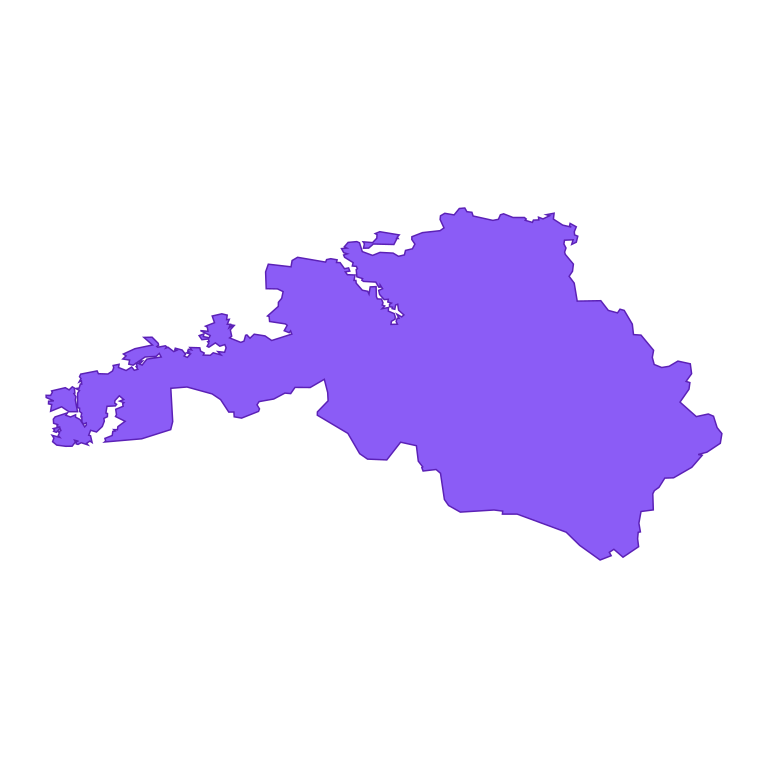 outline of Fjaler nor, Sogn og Fjordane, Norway
{"feature_id": "86288312B14759313964595", "entity_name": "Fjaler nor", "entity_type": "district", "adm_level": 2, "iso_a3": "NOR", "parent_name": "Norway", "parent_adm1": "Sogn og Fjordane", "projection": "mercator", "projection_center": [5.23, 61.279], "detail": "fine", "context": "isolated", "style": "filled", "palette": "violet", "viewbox_px": 768, "rotation_deg": 0, "n_neighbors": 0, "source": "geoboundaries", "source_scale": "gbopen_adm2", "svg_char_len": 6044}
<svg xmlns="http://www.w3.org/2000/svg" viewBox="0 0 768 768"><path d="M554.1,213.2L546.3,214.7L549.5,215.8L543.0,218.9L538.5,217.2L538.8,219.9L533.4,220.1L532.4,222.4L525.2,220.3L526.2,219.0L524.4,217.5L513.0,217.5L503.6,213.8L500.4,214.8L498.4,219.3L492.9,220.4L473.1,216.0L471.9,212.3L466.9,211.7L464.8,208.0L459.3,208.5L454.1,214.9L444.8,213.3L440.5,215.8L440.1,219.5L444.0,227.9L440.0,230.7L422.5,232.6L411.9,236.7L411.8,239.5L414.9,244.1L412.4,248.8L405.5,250.4L404.4,254.9L398.5,256.3L393.1,253.1L380.0,252.4L372.6,255.4L362.3,251.6L359.5,242.8L356.8,241.6L348.1,242.4L344.3,246.8L346.8,248.1L341.5,248.6L343.7,252.7L347.3,253.8L343.6,255.0L344.6,257.3L353.1,262.6L352.3,266.0L356.4,266.4L357.4,268.7L356.2,269.6L356.9,276.8L362.6,278.6L361.8,280.2L363.5,281.4L375.8,282.1L378.8,287.2L380.1,287.2L380.2,285.0L382.6,288.7L378.7,290.4L379.6,294.5L384.2,299.6L388.3,299.3L387.8,302.0L391.4,303.1L389.5,304.4L389.6,306.7L392.6,307.2L392.1,308.6L394.8,309.3L395.6,305.0L397.7,304.2L398.6,310.2L403.9,314.9L401.7,316.9L396.9,314.2L399.0,318.3L397.2,318.3L396.1,321.4L397.4,324.2L391.0,324.4L391.4,321.3L395.1,319.1L395.2,316.8L394.2,313.6L388.3,311.1L388.5,307.5L382.1,308.7L384.7,306.0L382.2,305.0L383.0,302.8L381.5,299.1L377.4,298.9L376.4,296.6L376.1,286.6L370.2,286.9L369.0,294.1L367.7,291.3L362.3,290.2L356.2,283.2L355.9,280.4L354.0,280.4L355.1,275.0L347.4,274.7L345.3,271.9L349.8,271.1L348.6,267.9L344.5,268.7L340.1,262.6L336.5,262.5L337.1,259.8L330.7,258.7L326.6,259.6L325.6,262.1L297.6,257.3L292.1,260.5L291.0,266.8L268.3,264.2L265.6,271.9L266.2,288.7L277.5,288.9L283.1,291.6L281.7,298.3L278.4,302.3L278.3,306.4L267.5,316.0L269.1,316.5L269.6,321.5L285.4,323.9L287.2,325.3L284.2,330.7L289.2,332.7L290.6,330.9L291.8,334.1L271.7,340.5L265.0,335.9L254.2,334.2L250.0,338.2L246.9,334.9L245.6,335.3L244.0,341.1L240.8,342.4L229.6,337.9L231.7,336.2L230.3,329.8L234.3,325.4L230.9,324.8L232.3,325.8L229.0,327.9L230.5,324.3L231.4,324.4L227.3,324.2L229.3,319.3L226.6,319.7L227.2,315.1L221.8,313.8L212.2,316.0L214.5,322.7L205.5,326.2L207.3,327.2L208.0,331.3L200.4,330.6L210.2,335.5L209.2,337.7L203.3,336.6L203.9,333.9L199.1,335.6L201.9,339.7L208.2,339.0L209.1,341.3L207.7,341.7L208.8,343.1L207.1,346.3L208.9,347.2L215.4,342.9L219.8,346.2L224.8,344.6L226.1,347.8L224.6,352.3L217.8,351.6L220.9,354.9L213.2,352.8L210.3,355.3L203.3,355.1L204.2,353.0L200.6,351.1L199.8,347.8L189.8,347.5L191.6,349.9L188.4,349.3L187.7,351.1L189.2,352.0L186.5,352.9L190.5,353.9L187.3,357.4L184.1,356.0L185.5,354.2L182.1,350.0L175.3,348.2L174.8,349.8L176.6,350.3L173.8,351.6L168.1,347.3L165.8,348.1L166.7,346.8L165.4,345.8L157.7,347.2L156.8,346.5L158.6,345.2L158.2,343.3L152.1,337.2L143.9,337.4L152.5,345.0L134.9,348.7L123.4,354.0L126.1,355.9L122.8,359.0L129.6,360.1L128.8,364.2L133.1,365.2L145.1,357.0L156.0,356.4L159.3,353.4L161.2,357.0L146.9,359.1L142.1,365.1L139.7,364.1L142.7,361.0L139.2,361.2L139.8,363.5L136.3,363.1L137.1,366.7L136.2,366.7L137.8,369.3L134.3,370.3L131.7,367.0L126.1,370.5L118.5,367.5L119.1,364.3L113.1,365.5L113.7,367.8L112.5,371.0L107.9,374.0L98.4,373.7L97.1,370.9L80.7,374.1L79.5,376.7L81.0,378.6L79.1,382.0L81.4,380.9L81.7,384.1L80.4,384.0L79.1,388.1L75.8,388.5L79.5,390.5L77.6,393.1L77.6,407.6L79.6,408.2L79.5,411.3L81.7,413.2L80.9,416.8L81.8,416.8L81.9,421.8L83.4,424.1L86.2,422.9L86.4,425.0L84.7,426.9L80.0,419.5L75.5,417.1L75.6,414.8L70.5,417.0L65.8,415.3L67.5,412.8L55.1,416.9L53.3,419.2L53.6,423.3L58.4,424.8L57.0,425.0L57.1,427.1L60.3,426.9L53.2,428.6L54.6,430.0L53.6,431.3L56.3,432.3L60.0,428.3L60.9,430.6L58.3,431.9L59.5,432.8L58.2,435.5L59.8,437.4L52.1,435.3L53.9,438.1L52.6,441.7L56.7,445.1L65.7,446.3L72.1,446.2L75.4,442.0L74.5,440.2L78.5,441.2L76.3,441.6L76.2,443.9L78.0,444.4L81.2,442.7L87.9,444.9L86.6,443.3L89.9,441.1L92.1,442.5L90.5,435.7L88.7,435.2L90.6,430.3L96.5,432.0L102.3,426.5L104.3,421.2L103.9,418.4L107.4,416.7L107.5,413.5L105.9,413.0L107.0,406.3L115.4,405.9L116.6,404.3L114.7,403.1L114.9,400.6L119.3,395.8L123.7,399.5L119.6,401.1L123.9,402.7L122.7,403.6L123.1,406.3L115.7,409.3L116.5,414.7L115.5,416.5L125.1,421.3L117.9,426.6L117.4,429.7L113.8,429.6L115.1,431.0L112.8,431.4L112.2,435.5L104.9,438.4L105.7,441.1L104.6,442.0L141.7,438.8L170.7,429.6L172.7,421.6L170.8,388.3L187.0,387.0L212.1,393.9L220.6,399.6L228.8,412.1L233.9,412.0L234.2,416.8L241.6,418.1L258.5,411.4L259.5,408.9L257.0,404.8L259.1,401.6L273.8,399.0L284.9,393.1L290.7,393.6L295.0,387.4L310.2,387.5L324.3,379.3L327.7,392.6L328.1,400.8L317.4,411.9L317.3,415.2L347.9,433.4L359.7,453.7L367.5,459.1L386.8,459.9L400.6,442.2L416.4,445.7L418.3,461.2L422.7,466.9L421.8,467.6L423.1,471.0L436.1,469.5L440.5,473.3L444.4,499.5L448.6,505.5L460.3,512.1L494.0,510.0L502.7,511.1L502.4,514.1L517.1,514.1L566.2,532.2L579.7,545.4L600.1,560.0L611.2,555.7L609.3,552.3L613.9,549.3L623.0,557.2L638.6,546.7L637.6,538.7L638.2,532.3L640.4,531.9L638.9,523.2L641.0,511.5L653.3,509.9L652.8,493.8L654.4,490.6L659.0,487.3L664.8,478.1L673.6,477.8L691.8,467.3L702.2,455.3L698.2,454.5L706.9,452.2L720.3,443.3L721.9,433.6L717.1,427.6L713.5,416.2L708.3,414.0L696.3,416.6L680.0,402.1L689.0,389.2L689.9,382.6L686.1,381.4L691.6,373.7L690.3,363.8L677.9,361.1L669.1,366.3L661.7,367.5L654.2,364.5L652.3,357.4L653.6,350.3L641.0,335.1L633.5,334.6L632.3,324.1L624.2,310.4L620.0,309.2L617.5,312.9L608.3,310.4L600.8,300.7L577.2,301.1L574.2,283.1L569.1,276.3L572.5,271.3L573.4,264.1L565.3,254.4L564.6,252.1L566.0,248.0L563.9,244.0L564.5,240.2L573.1,239.8L571.7,244.4L576.3,242.2L577.8,236.2L574.6,234.9L574.3,231.7L576.3,226.8L570.1,223.4L569.5,226.1L571.3,227.1L562.7,225.1L553.4,219.1L554.1,213.2ZM65.3,387.7L51.6,390.9L52.3,392.3L50.6,395.4L46.1,395.3L46.2,397.5L53.8,400.9L48.6,401.2L48.5,403.9L51.7,404.5L50.6,411.3L61.6,406.8L68.9,411.7L77.5,411.7L75.3,399.9L75.9,396.7L73.9,393.5L74.9,393.1L74.3,388.0L72.3,386.8L69.1,389.9L65.3,387.7ZM379.8,231.7L375.2,233.6L377.0,234.6L376.8,238.2L372.6,242.6L363.1,241.8L364.4,243.7L363.5,248.2L368.7,248.1L373.4,244.0L393.9,244.5L396.8,238.9L395.9,238.4L398.2,238.5L397.3,237.1L399.2,234.9L379.8,231.7Z" fill="#8b5cf6" stroke="#5b21b6" stroke-width="1.5"/></svg>